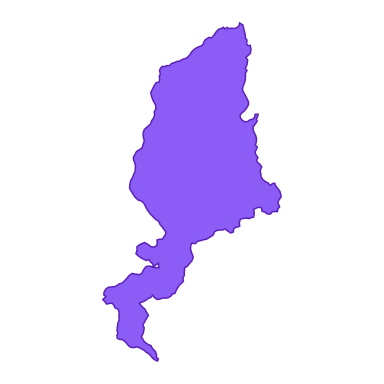 Major Vieira, Santa Catarina, Brazil
{"feature_id": "56859067B24004829696766", "entity_name": "Major Vieira", "entity_type": "district", "adm_level": 2, "iso_a3": "BRA", "parent_name": "Brazil", "parent_adm1": "Santa Catarina", "projection": "albers", "projection_center": [-50.373, -26.509], "detail": "fine", "context": "isolated", "style": "filled", "palette": "violet", "viewbox_px": 384, "rotation_deg": 0, "n_neighbors": 0, "source": "geoboundaries", "source_scale": "gbopen_adm2", "svg_char_len": 4568}
<svg xmlns="http://www.w3.org/2000/svg" viewBox="0 0 384 384"><path d="M153.4,267.2L150.4,266.2L147.0,266.2L145.2,267.5L143.4,270.1L142.1,273.0L139.6,274.7L137.2,274.3L135.0,274.1L132.2,273.4L129.0,275.6L126.9,278.4L124.6,280.6L123.3,282.2L121.2,283.4L119.0,284.0L117.4,285.2L115.3,286.5L112.9,286.7L110.8,287.1L108.5,287.2L106.3,288.6L104.8,290.6L103.9,292.8L103.9,295.1L106.0,296.5L104.3,298.1L102.8,299.7L104.8,301.6L106.6,304.1L109.1,303.5L112.1,303.2L114.0,305.4L114.9,307.8L118.0,309.0L119.2,312.5L118.9,315.4L119.1,317.8L119.1,320.1L118.1,322.5L117.6,325.0L117.2,327.9L117.1,331.0L117.9,333.4L116.9,335.8L117.4,338.5L119.8,339.4L121.9,339.5L123.9,340.6L126.1,342.7L127.9,344.9L129.6,346.7L131.8,347.5L134.5,347.5L136.9,346.8L139.5,347.8L141.7,349.0L144.2,350.4L146.2,352.2L149.0,353.9L151.3,356.5L152.6,358.2L154.9,359.9L157.5,361.0L158.4,358.9L156.5,357.3L156.5,354.6L155.6,351.9L154.2,350.3L152.1,348.0L151.1,345.7L147.8,344.3L144.3,341.7L142.8,339.1L141.3,336.7L143.0,333.7L143.7,331.0L144.2,327.8L142.8,325.1L144.6,322.0L145.9,319.6L147.0,317.7L148.4,315.3L146.6,312.4L145.4,309.8L143.6,307.9L141.7,306.3L139.3,303.2L141.7,302.2L144.1,301.3L146.5,299.8L148.3,298.4L150.7,297.6L152.7,295.2L154.4,297.5L157.1,299.5L160.3,298.9L163.6,297.9L166.0,298.2L168.4,297.6L171.2,295.9L172.6,293.7L174.8,293.5L175.8,291.3L176.9,289.0L178.2,287.0L179.4,285.1L181.4,283.4L183.4,281.3L182.9,277.9L184.3,275.4L184.3,271.7L184.8,267.6L187.2,266.4L189.2,263.9L192.1,260.5L193.2,257.2L192.5,255.0L191.5,252.4L190.5,248.8L190.8,245.4L192.0,243.1L195.1,243.7L197.8,241.2L200.5,240.7L203.3,239.8L206.5,239.2L209.3,237.5L211.5,236.2L213.3,234.9L214.4,231.9L217.0,230.4L220.0,230.0L222.6,230.0L225.3,229.0L227.9,231.2L230.8,233.0L233.4,232.0L233.6,229.1L235.6,227.3L237.7,227.0L239.7,226.2L239.3,222.7L240.3,219.3L243.7,218.3L246.9,218.1L249.3,218.6L251.3,217.6L253.6,217.2L254.1,214.9L254.2,212.0L253.6,209.4L255.5,208.4L259.1,207.1L261.7,208.2L261.9,211.1L263.9,211.9L265.7,212.6L267.3,214.0L270.4,214.1L271.9,212.0L274.2,211.5L277.4,211.6L277.9,208.8L279.6,207.0L278.7,204.6L277.9,202.5L279.0,199.9L281.2,196.7L280.6,193.8L279.9,191.3L278.3,189.1L276.0,186.3L274.7,183.2L272.5,183.6L270.3,185.4L268.2,183.1L265.1,181.4L262.9,179.6L261.1,176.9L260.8,173.6L260.1,170.5L261.8,166.8L259.5,163.9L257.7,162.5L256.5,160.5L257.9,157.6L256.1,155.0L255.0,152.1L256.1,150.1L257.3,147.0L255.3,145.1L256.3,141.8L256.5,139.0L255.8,135.8L254.2,132.6L253.1,129.8L253.2,126.8L255.4,123.8L257.2,121.1L256.3,118.9L257.5,117.0L258.1,114.3L255.2,114.3L254.5,117.3L252.9,119.3L250.0,119.7L247.7,121.5L244.7,121.8L242.3,120.2L240.7,118.5L239.9,115.4L241.8,113.0L244.1,111.2L246.2,108.6L247.5,106.6L248.5,104.4L248.5,101.9L247.5,99.8L246.5,97.6L245.4,95.6L243.8,92.8L242.6,90.3L242.7,87.3L244.0,84.0L245.3,80.3L245.5,75.8L245.2,73.6L247.0,70.6L245.3,68.4L247.0,64.8L247.7,60.0L245.9,57.3L248.2,55.3L250.3,53.4L251.0,49.6L250.3,45.4L248.0,45.6L246.6,43.8L247.0,40.2L245.3,37.7L245.3,34.8L244.4,31.6L243.6,28.0L242.8,24.9L239.6,23.0L239.1,25.6L237.1,27.5L234.4,28.5L231.2,28.2L229.1,28.6L227.0,27.4L225.2,29.0L223.4,27.3L221.2,28.5L218.3,29.5L215.6,32.6L213.5,35.8L211.5,37.9L208.8,37.4L206.9,38.7L204.9,40.1L203.9,42.1L202.8,44.8L201.1,45.9L198.7,46.8L196.2,48.0L194.3,49.3L192.7,50.8L191.3,52.3L190.2,54.4L188.0,56.7L186.2,58.3L184.3,58.7L182.0,59.6L179.6,61.2L177.1,61.4L174.6,62.5L171.4,63.6L169.6,65.6L167.0,65.6L164.9,66.4L162.0,66.5L160.4,68.5L159.5,70.6L160.4,74.1L159.3,76.1L159.7,79.5L159.0,82.2L156.3,82.5L154.2,85.5L152.5,89.1L150.8,92.4L151.4,95.8L152.5,99.1L153.6,101.5L154.7,103.5L155.8,105.7L155.8,109.1L154.2,111.9L154.7,115.2L153.3,118.5L151.7,120.7L150.5,124.0L147.9,126.3L144.3,129.5L143.1,133.1L143.2,136.1L144.3,141.1L142.9,144.8L142.3,147.7L139.5,149.6L136.5,151.5L135.2,154.1L133.4,157.2L133.6,160.1L134.6,162.4L135.5,166.0L135.3,169.0L135.1,171.4L133.7,174.3L132.9,176.7L131.9,178.6L130.6,180.7L130.1,183.3L129.5,187.8L130.8,190.6L132.9,193.9L134.4,196.3L136.3,198.4L138.5,200.2L141.2,200.8L143.7,203.0L145.3,206.0L146.8,209.1L148.7,211.9L150.2,213.9L152.3,216.0L154.0,217.9L156.1,219.7L158.6,221.2L160.1,224.5L162.3,227.1L164.0,229.5L165.8,231.9L165.5,234.4L163.9,236.8L162.4,239.2L159.7,239.1L157.0,240.0L157.3,243.3L156.5,245.6L154.2,247.1L150.9,246.7L148.6,244.8L144.6,242.5L142.2,243.5L139.9,244.5L137.0,246.7L137.0,250.1L136.0,253.8L138.0,255.6L140.2,257.3L142.1,258.5L144.6,259.7L146.6,260.5L149.1,259.6L150.2,261.7L152.7,263.8L153.4,267.2ZM153.4,267.2L155.3,265.2L158.4,263.3L158.8,267.7L155.5,267.5L153.4,267.2Z" fill="#8b5cf6" stroke="#5b21b6" stroke-width="1.5"/></svg>